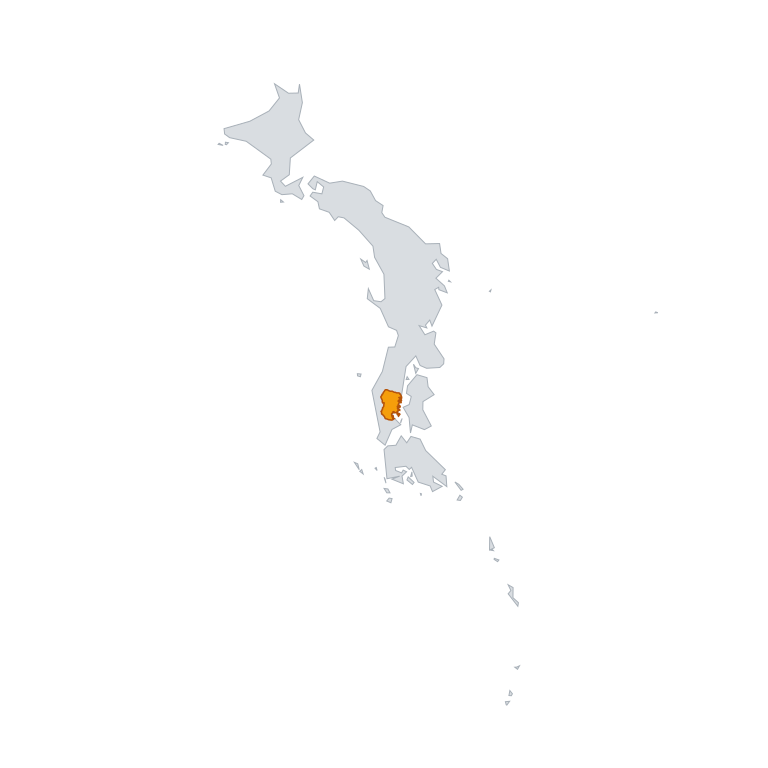 Japan, with Hiroshima highlighted, rotated 299°
{"feature_id": "JPN-1821", "entity_name": "Hiroshima", "entity_type": "Prefecture", "adm_level": 1, "iso_a3": "JPN", "parent_name": "Japan", "parent_adm1": "", "projection": "orthographic", "projection_center": [132.763, 34.576], "detail": "fine", "context": "in_parent", "style": "filled", "palette": "amber", "viewbox_px": 768, "rotation_deg": 299, "n_neighbors": 0, "source": "natural_earth", "source_scale": "10m", "svg_char_len": 7266}
<svg xmlns="http://www.w3.org/2000/svg" viewBox="0 0 768 768"><g transform="rotate(299 384 384)"><path d="M522.2,220.5L532.1,222.2L533.3,239.1L541.3,249.3L546.9,270.4L546.2,278.4L540.3,287.7L539.6,296.7L532.8,299.0L530.3,303.9L533.4,329.6L526.7,352.4L533.8,364.5L525.8,370.6L524.4,378.9L514.5,386.4L513.4,376.8L518.4,369.2L512.9,367.8L509.6,374.3L510.6,380.7L501.7,378.1L499.1,389.3L494.4,395.1L493.1,386.3L495.1,384.9L491.2,382.6L481.1,396.4L457.9,397.9L462.1,393.0L455.6,391.7L453.8,394.3L452.1,386.4L446.9,395.9L454.3,401.8L453.9,404.6L443.2,408.6L435.1,424.3L430.6,426.4L425.5,424.8L418.4,413.6L417.7,406.6L424.0,398.2L410.0,394.8L377.2,406.8L360.0,406.2L356.5,418.4L348.1,413.0L331.0,414.6L332.9,404.2L340.2,403.8L372.6,376.5L394.2,376.5L418.3,370.0L421.6,375.5L433.3,373.1L437.0,369.0L436.2,360.2L448.3,344.1L450.5,328.0L459.8,324.1L451.9,334.6L454.5,341.5L459.2,343.4L480.0,330.7L490.2,314.4L499.2,307.5L506.3,287.4L509.9,268.5L508.1,262.9L503.1,261.6L507.6,252.8L505.9,242.6L511.4,237.8L512.6,228.2L517.2,228.7L520.2,237.5L527.1,235.7L528.6,227.5L520.5,229.8L520.3,227.0L522.2,220.5ZM567.1,151.1L583.5,153.9L593.5,142.7L592.0,159.5L596.9,167.9L605.3,164.7L590.5,176.2L573.8,181.2L565.5,193.6L563.3,204.3L536.3,192.5L521.1,199.7L511.3,195.1L509.1,201.9L525.4,212.8L516.3,213.2L509.9,222.7L505.5,222.6L505.9,211.6L500.1,202.9L499.9,195.4L509.6,185.4L508.0,176.8L521.8,178.8L525.8,176.0L529.5,145.8L524.6,129.5L525.4,123.4L529.8,120.3L548.8,139.3L567.1,151.1ZM336.2,424.1L347.0,424.2L343.6,432.4L351.2,433.0L353.3,442.3L346.0,452.7L338.8,479.2L333.1,478.3L333.7,482.8L324.7,488.7L327.0,471.4L322.2,474.9L322.7,484.5L313.4,478.6L317.2,473.8L314.8,461.5L324.5,448.5L321.5,447.5L322.7,443.1L316.4,434.3L314.0,436.1L314.8,442.5L318.0,442.5L318.2,446.3L312.2,444.4L306.1,449.3L304.6,437.0L311.0,442.4L302.6,432.5L326.7,415.8L331.7,417.3L336.2,424.1ZM393.8,405.5L408.1,408.3L410.4,418.5L403.0,423.9L399.0,433.0L387.5,426.6L380.3,430.4L370.2,445.7L363.7,441.5L362.0,428.6L354.0,430.9L366.8,422.2L372.9,412.0L378.2,416.0L386.3,413.9L386.7,408.2L393.8,405.5ZM268.5,595.6L259.6,600.4L257.9,607.6L254.5,608.8L260.7,594.3L264.9,595.1L268.6,589.9L268.5,595.6ZM483.8,309.3L477.3,315.5L477.4,309.3L482.0,303.1L481.4,309.1L483.8,309.3ZM301.7,550.5L294.3,559.9L289.9,556.8L301.7,550.5ZM312.5,458.0L309.9,457.6L311.2,450.6L314.5,450.2L312.5,458.0ZM414.2,406.7L408.7,406.6L415.6,400.2L413.6,403.9L414.2,406.7ZM323.0,507.4L319.2,507.3L318.0,504.2L323.5,504.3L323.0,507.4ZM301.5,399.7L297.0,403.9L301.1,396.1L301.5,399.7ZM330.3,504.2L328.4,503.0L332.7,493.5L332.5,498.1L330.3,504.2ZM283.0,443.1L286.7,443.8L287.7,446.6L283.5,447.6L283.0,443.1ZM298.4,406.0L295.2,409.4L295.9,405.1L298.4,406.0ZM167.4,647.7L162.7,647.1L162.7,646.4L165.0,644.2L167.4,647.7ZM381.6,359.1L378.9,359.8L378.3,356.9L380.1,355.7L381.6,359.1ZM291.7,442.0L290.2,439.2L292.7,434.7L294.1,438.3L291.7,442.0ZM176.9,642.7L175.3,646.5L173.1,646.5L172.1,644.3L176.9,642.7ZM285.8,569.8L283.7,569.5L284.0,565.3L285.0,565.0L285.8,569.8ZM519.6,130.9L516.9,130.2L516.6,129.0L518.6,128.1L519.6,130.9ZM320.7,451.0L317.1,453.3L316.0,452.2L320.7,451.0ZM494.4,207.8L492.8,205.4L495.1,204.3L494.4,207.8ZM357.8,417.5L360.0,416.7L362.7,416.6L357.8,417.5ZM514.6,123.1L514.7,127.6L513.1,122.8L514.6,123.1ZM301.2,431.2L298.2,433.8L302.5,429.3L301.2,431.2ZM203.2,639.1L199.2,639.1L199.7,635.7L200.8,637.4L203.2,639.1ZM307.2,417.7L305.0,419.9L306.0,417.0L307.2,417.7ZM401.6,400.7L400.1,403.6L398.6,401.2L401.6,400.7ZM291.9,558.7L291.3,560.5L290.5,558.2L291.9,558.7ZM506.2,390.4L505.6,392.6L505.0,390.5L506.2,390.4ZM306.1,470.0L304.2,470.6L305.9,468.9L306.1,470.0ZM364.8,410.1L364.9,412.5L363.0,412.2L364.8,410.1ZM518.2,431.9L516.2,432.4L516.2,431.2L518.2,431.9ZM578.8,586.7L579.1,589.0L577.5,586.5L578.8,586.7Z" fill="#d9dde1" stroke="#a8b0b8" stroke-width="1"/><path d="M383.4,402.5L383.1,402.5L382.9,402.6L382.8,403.0L382.7,403.7L381.3,405.6L380.9,405.9L380.3,406.2L380.0,406.3L379.8,406.3L379.7,406.0L379.8,405.9L380.1,405.8L380.3,405.7L380.5,405.6L380.7,405.2L380.5,404.9L380.1,404.8L379.6,404.8L379.6,404.6L379.9,404.3L379.7,403.8L379.3,403.7L379.0,404.9L378.6,405.3L378.2,405.5L378.0,405.8L378.4,406.1L378.5,406.7L378.4,407.1L378.1,407.3L377.9,407.3L377.6,407.0L377.4,407.1L377.2,407.3L376.8,407.4L376.3,407.9L376.1,408.0L375.8,407.9L375.7,407.4L375.7,406.4L375.8,406.4L376.0,406.2L376.3,405.7L376.6,405.6L376.7,405.8L376.6,406.2L376.6,406.5L377.0,406.4L377.3,405.6L377.7,405.5L377.7,405.3L377.4,405.0L377.0,404.8L376.8,404.7L376.6,404.8L376.4,404.7L376.1,404.6L375.8,404.8L376.0,405.6L375.4,406.0L374.6,406.3L372.4,406.5L371.8,406.8L371.2,407.2L370.8,406.6L370.5,406.8L370.1,407.3L369.6,407.5L369.3,407.6L369.3,407.8L369.5,408.0L369.6,408.3L369.5,408.5L369.2,408.6L368.6,408.6L368.1,408.7L367.1,409.4L366.5,409.4L366.4,409.3L366.3,409.1L366.2,408.9L366.0,409.0L365.9,409.1L365.8,409.3L365.2,409.6L364.8,409.3L365.1,408.9L364.9,408.6L364.6,408.2L364.3,407.6L364.0,407.3L363.9,407.2L363.9,406.9L364.0,406.7L363.9,406.2L364.1,406.1L364.3,406.0L364.5,406.0L364.4,405.7L364.2,405.5L363.8,405.3L363.5,405.5L363.1,405.6L362.7,405.6L361.9,405.1L361.5,405.2L360.7,405.6L360.0,406.2L358.1,408.4L358.3,408.7L358.4,409.2L358.5,409.6L358.3,409.5L357.6,409.3L357.0,408.9L356.8,408.9L356.5,408.6L356.1,408.1L355.0,405.3L354.8,403.4L354.6,402.9L354.5,402.5L354.4,402.2L354.4,401.9L354.6,401.6L354.9,401.1L355.5,400.5L355.8,399.9L356.0,399.4L356.0,399.0L356.1,398.7L356.3,398.3L356.6,397.8L356.7,397.6L356.7,397.3L356.5,397.0L356.6,396.7L356.7,396.4L357.9,395.6L358.3,395.2L358.6,394.9L358.7,394.7L358.9,394.8L359.1,395.0L359.3,395.1L359.6,395.1L359.9,394.9L360.9,394.7L361.2,394.7L361.4,394.8L361.6,394.9L361.9,394.7L362.1,394.5L362.3,394.3L362.7,394.3L363.0,394.4L363.3,394.5L364.1,394.6L364.4,394.5L364.8,394.4L365.7,393.9L367.4,393.4L367.6,393.2L367.6,392.9L367.4,392.7L367.2,392.5L366.9,392.3L366.8,392.2L367.0,391.7L367.4,391.3L367.6,391.1L367.9,390.9L368.3,390.7L368.6,390.6L369.0,390.3L370.2,388.6L370.7,387.9L370.9,387.7L371.2,387.5L371.6,387.4L372.9,387.6L373.2,387.6L373.8,387.3L374.0,387.3L374.6,387.7L374.9,387.7L375.3,387.7L376.2,387.5L376.8,387.6L377.6,387.8L378.9,387.8L379.6,388.0L380.4,389.4L380.5,390.1L380.5,391.0L380.5,391.6L380.6,392.4L380.7,392.9L380.8,393.2L381.6,394.5L381.7,394.8L381.7,395.1L381.7,395.6L381.7,396.1L381.7,396.6L381.8,397.1L382.3,398.1L382.3,399.1L382.4,399.5L382.6,399.8L383.0,400.5L383.3,401.1L383.4,401.4L383.5,401.6L383.4,402.1L383.4,402.5L383.4,402.5ZM365.0,412.6L364.5,412.3L363.4,412.4L362.9,412.2L363.3,411.7L363.8,411.4L364.1,411.1L363.8,410.4L364.0,410.2L364.3,410.0L364.5,409.9L364.8,410.0L364.8,410.3L364.6,410.4L364.8,410.7L364.9,411.0L364.9,411.3L364.9,411.7L365.5,411.4L365.5,411.9L365.3,412.5L365.0,412.6ZM372.6,407.4L372.8,407.5L372.7,408.1L372.5,408.5L372.5,408.8L372.3,409.0L371.8,409.2L371.4,409.2L371.1,409.0L371.0,408.7L371.0,408.4L371.2,408.2L371.3,408.2L371.9,407.9L372.1,408.0L372.3,407.8L372.6,407.4ZM360.5,406.7L360.6,407.0L360.7,407.3L360.2,407.7L359.6,408.3L359.3,408.4L359.1,408.2L359.4,407.4L359.7,407.0L360.0,406.8L360.3,406.7L360.5,406.7ZM368.8,409.5L369.1,409.6L369.3,409.9L369.2,410.2L369.0,410.3L368.8,410.4L368.8,410.2L368.7,410.1L368.0,409.8L367.8,409.6L367.9,409.4L368.2,409.3L368.6,409.4L368.8,409.5Z" fill="#f59e0b" stroke="#b45309" stroke-width="1.5"/></g></svg>